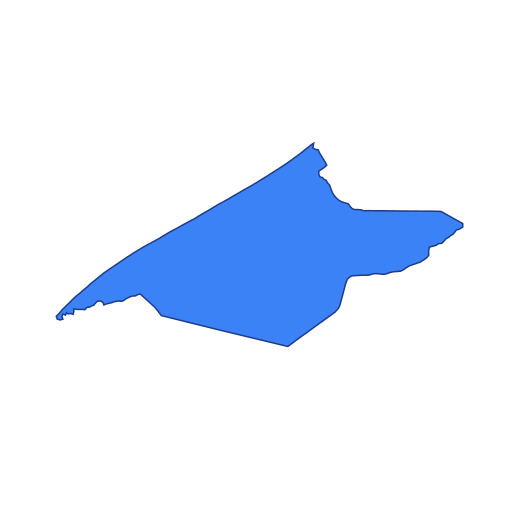 the district of Quissamã, Rio de Janeiro, Brazil, rotated 166°
{"feature_id": "56859067B88241347773120", "entity_name": "Quissamã", "entity_type": "district", "adm_level": 2, "iso_a3": "BRA", "parent_name": "Brazil", "parent_adm1": "Rio de Janeiro", "projection": "mercator", "projection_center": [-41.42, -22.11], "detail": "fine", "context": "isolated", "style": "filled", "palette": "blue", "viewbox_px": 512, "rotation_deg": 166, "n_neighbors": 0, "source": "geoboundaries", "source_scale": "gbopen_adm2", "svg_char_len": 3433}
<svg xmlns="http://www.w3.org/2000/svg" viewBox="0 0 512 512"><g transform="rotate(166 256 256)"><path d="M172.7,351.5L175.7,350.5L179.0,348.9L181.2,348.0L183.3,347.0L186.0,345.7L188.5,344.6L190.5,343.7L192.6,342.9L195.3,341.9L198.2,340.6L201.2,339.5L203.3,338.6L205.3,337.9L207.6,337.1L209.6,336.4L211.5,335.7L213.6,335.0L217.3,333.8L220.5,332.7L222.5,332.1L225.1,331.1L227.4,330.4L229.6,329.7L232.1,328.9L235.3,327.9L238.2,326.9L240.2,326.4L242.1,325.7L244.1,325.2L246.2,324.6L248.2,324.1L250.3,323.5L252.5,322.9L254.8,322.2L257.5,321.4L260.7,320.5L263.5,319.7L266.5,318.8L269.5,317.9L271.9,317.3L275.0,316.4L278.2,315.6L280.6,315.0L283.8,314.0L287.5,312.9L290.3,312.0L292.8,311.3L295.5,310.5L297.7,309.9L299.8,309.3L302.5,308.5L304.9,307.6L307.1,306.9L309.7,306.4L312.2,305.8L314.2,305.2L317.2,304.5L320.8,303.5L323.5,302.8L326.2,302.0L329.1,301.3L332.6,300.5L335.1,299.8L337.6,299.0L340.0,298.3L342.1,297.7L345.3,296.6L348.7,295.7L351.2,295.0L353.2,294.6L355.5,293.9L357.6,293.5L360.5,292.6L363.5,291.9L366.4,290.9L369.2,290.1L371.7,289.3L374.3,288.5L376.5,287.7L379.2,286.8L382.9,285.5L386.2,284.3L389.8,283.0L392.7,281.9L394.6,281.2L396.8,280.4L399.5,279.4L401.8,278.6L404.6,277.5L407.8,276.3L410.3,275.1L413.3,273.8L416.5,272.2L419.9,270.6L422.2,269.6L425.0,268.1L427.6,266.7L429.8,265.6L431.8,264.7L433.8,263.6L435.8,262.6L438.2,261.5L440.7,260.3L443.3,258.9L446.5,257.0L449.6,255.1L452.0,253.8L454.5,252.2L456.8,251.0L458.7,249.5L461.1,247.8L464.4,245.8L464.1,242.8L461.5,241.3L458.7,241.4L458.9,244.4L457.3,246.4L455.2,244.7L453.6,246.6L452.1,245.2L449.7,245.0L447.6,243.6L446.1,246.4L445.7,248.8L442.1,247.3L438.0,246.4L435.1,245.3L432.5,247.0L429.7,246.7L427.4,247.4L425.2,247.5L423.2,249.1L420.9,250.4L417.9,250.1L415.7,248.1L415.5,245.3L413.3,245.6L410.8,245.7L407.4,245.6L404.3,245.9L400.6,245.7L397.5,244.6L395.1,244.8L392.6,246.0L388.9,246.7L386.2,247.1L382.7,246.5L380.1,247.1L377.5,247.1L366.8,231.1L365.7,229.0L364.4,226.0L363.3,223.4L362.3,221.1L339.1,208.8L311.2,194.0L247.0,160.5L243.4,162.0L241.0,163.0L238.9,163.9L235.7,165.2L233.7,166.0L231.8,166.8L229.1,167.9L225.8,169.1L222.3,170.6L218.8,172.0L215.0,173.6L212.8,174.4L210.2,175.5L208.0,176.3L204.5,177.8L202.4,178.6L200.2,179.5L198.1,180.3L196.0,181.2L192.9,182.4L188.7,185.3L186.8,187.5L183.8,192.8L181.6,196.7L180.4,198.9L177.3,204.6L175.8,207.3L173.2,211.1L170.6,212.9L167.7,213.5L164.0,212.9L161.0,212.3L158.0,211.7L155.2,211.1L151.8,210.2L149.2,210.2L146.8,210.4L143.9,209.9L141.1,209.0L137.3,207.5L134.4,207.1L132.1,207.3L129.6,207.6L125.9,207.4L122.3,206.7L119.2,206.3L115.9,207.1L113.0,208.3L109.6,209.3L107.0,209.6L104.3,209.8L101.3,210.1L98.7,210.2L96.4,210.9L93.9,211.8L91.0,212.9L88.3,214.8L87.2,219.3L85.6,222.7L82.1,222.7L78.7,222.8L76.0,223.8L72.6,223.4L69.9,225.0L67.2,226.9L64.5,227.5L62.3,228.7L60.1,229.2L57.9,230.6L55.4,232.7L51.5,233.0L48.3,234.2L47.6,237.5L65.7,254.5L72.5,256.4L75.1,257.1L81.9,258.8L91.2,261.2L103.7,264.4L121.2,269.0L127.5,270.6L134.9,272.5L138.7,273.5L140.7,273.9L142.5,275.2L145.8,276.4L148.9,277.2L151.0,278.4L152.4,280.8L153.9,284.4L157.6,286.5L160.1,288.2L161.7,289.6L164.0,292.7L165.5,295.9L166.5,298.9L167.1,303.3L167.4,306.9L168.9,309.8L169.5,312.3L171.4,314.0L172.6,316.1L174.8,317.3L175.3,320.1L174.5,323.2L172.0,324.0L168.3,325.4L165.4,327.0L166.0,329.9L167.4,334.4L168.6,337.9L169.5,341.0L170.0,344.1L172.5,345.0L174.7,347.3L172.7,351.5Z" fill="#3b82f6" stroke="#1e3a8a" stroke-width="1.5"/></g></svg>